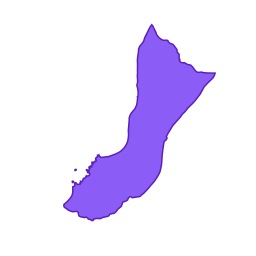 Radum, Shabwah, Yemen, rotated 136°
{"feature_id": "15242507B54571430773522", "entity_name": "Radum", "entity_type": "district", "adm_level": 2, "iso_a3": "YEM", "parent_name": "Yemen", "parent_adm1": "Shabwah", "projection": "natural_earth1", "projection_center": [48.124, 13.978], "detail": "fine", "context": "isolated", "style": "filled", "palette": "violet", "viewbox_px": 256, "rotation_deg": 136, "n_neighbors": 0, "source": "geoboundaries", "source_scale": "gbopen_adm2", "svg_char_len": 5593}
<svg xmlns="http://www.w3.org/2000/svg" viewBox="0 0 256 256"><g transform="rotate(136 128 128)"><path d="M39.2,129.6L40.3,131.4L40.9,132.1L41.3,133.0L41.6,134.5L42.2,135.9L43.6,137.1L44.5,139.1L44.1,141.1L43.3,141.0L42.7,142.7L40.0,145.6L39.8,148.6L38.4,150.3L38.3,150.7L37.6,155.4L37.7,157.1L38.0,158.0L38.9,159.6L39.1,161.0L39.1,162.0L38.6,163.2L38.7,163.5L39.1,164.2L41.5,166.4L42.2,167.8L42.5,168.7L42.9,171.3L42.7,174.6L42.3,175.9L41.7,176.9L41.1,178.6L39.2,184.5L39.2,185.8L42.0,185.3L43.0,184.9L44.3,184.6L45.4,184.1L53.1,181.4L53.8,181.1L54.4,180.7L55.6,180.0L56.5,179.6L58.6,179.1L59.9,179.0L62.9,178.6L63.9,178.2L64.5,177.9L65.5,177.5L67.6,175.5L72.2,172.0L74.2,170.2L77.1,167.0L82.1,161.9L82.8,161.1L84.1,159.9L85.2,159.0L86.7,157.1L88.5,155.1L90.2,153.6L91.7,152.8L92.4,152.0L92.6,151.4L93.9,149.3L94.6,148.3L95.9,146.7L97.9,144.6L98.6,144.0L99.0,143.8L99.2,144.0L99.4,144.0L99.4,143.8L99.6,143.6L100.5,142.8L103.0,140.6L104.9,139.2L105.9,138.5L107.1,138.0L109.5,137.1L111.6,136.8L115.7,136.4L116.1,136.2L118.3,135.4L119.8,134.7L121.9,132.6L129.7,125.8L130.6,124.6L131.1,124.3L131.5,123.6L133.2,121.9L134.4,120.9L136.4,119.4L137.7,118.6L139.2,117.9L140.6,117.4L142.7,116.7L144.7,116.4L146.9,116.3L148.4,116.3L150.9,116.6L153.8,117.5L156.6,118.6L161.5,120.8L162.3,121.3L166.7,124.7L168.1,125.9L168.1,126.1L168.1,126.4L168.0,126.5L168.0,127.6L167.9,127.9L168.0,128.1L168.0,128.5L167.7,128.4L167.8,128.5L168.0,128.5L167.8,128.7L167.8,128.9L167.7,129.0L168.2,129.1L168.3,129.2L168.7,129.3L168.9,129.5L169.1,128.9L169.4,128.5L169.7,128.4L170.3,128.7L171.4,128.8L171.8,128.6L172.0,128.7L172.3,128.5L172.6,128.5L172.9,128.0L172.9,127.8L173.1,127.7L173.3,127.4L173.3,126.9L173.7,126.5L174.0,126.4L174.4,126.4L174.4,126.6L174.7,126.7L174.9,127.0L175.1,126.9L175.3,126.9L175.6,127.2L175.8,127.2L176.4,126.8L176.6,127.0L176.9,127.0L177.1,127.1L176.9,127.4L177.1,127.8L177.4,128.2L177.7,128.2L177.8,128.3L177.9,128.1L178.3,127.9L178.5,127.7L178.3,127.2L178.1,127.0L178.1,126.7L178.3,126.5L178.7,126.3L178.8,126.4L179.0,126.4L179.4,126.5L179.7,126.3L179.9,126.4L180.0,126.4L180.2,126.5L180.3,126.4L180.5,126.1L180.6,125.7L181.1,125.6L181.3,125.3L181.5,125.4L181.8,125.9L181.8,126.1L182.0,126.2L182.0,126.3L182.4,126.4L182.5,126.7L182.4,126.8L182.7,126.8L183.0,127.0L183.3,126.9L183.4,126.6L183.6,126.5L183.5,126.4L183.7,126.2L183.6,125.9L183.6,125.4L184.3,125.2L184.5,125.1L184.7,124.9L184.8,124.9L185.3,124.9L185.7,124.9L186.0,124.4L186.3,124.1L186.8,123.8L187.2,124.0L187.3,124.0L187.3,123.8L187.2,123.7L187.3,123.3L187.6,123.2L187.4,122.9L187.2,123.0L187.1,122.8L186.9,122.7L187.0,122.2L187.3,121.7L187.9,121.1L188.3,120.9L188.9,120.9L189.2,121.0L189.5,121.0L189.7,121.3L189.9,121.3L190.3,121.4L190.7,121.8L190.8,122.0L191.0,122.1L191.0,122.4L191.0,122.5L191.6,122.5L191.8,122.2L191.7,122.0L192.0,121.9L192.3,122.2L192.6,122.0L193.3,121.9L193.8,122.0L194.2,122.1L194.6,122.5L194.8,122.4L195.2,122.7L195.4,122.6L195.9,122.2L196.2,122.2L197.1,121.5L197.7,121.4L198.1,121.6L198.3,121.6L198.9,121.7L199.0,121.8L198.9,122.1L199.1,122.6L199.5,122.1L200.0,122.0L200.4,122.1L200.5,122.2L200.5,122.5L200.6,122.1L200.6,121.9L200.4,121.3L200.4,121.2L200.8,121.0L201.1,120.9L201.5,120.9L201.6,121.0L201.8,121.0L202.1,121.3L202.2,121.6L202.3,121.7L202.5,121.7L202.7,121.8L203.6,122.5L203.7,122.8L203.6,123.4L203.4,124.0L203.6,124.8L203.8,125.1L204.1,125.1L204.4,125.4L204.7,125.4L205.0,125.2L205.2,124.7L205.6,124.2L206.0,123.8L206.6,123.5L207.1,123.4L207.5,123.6L207.9,123.9L208.0,123.9L208.3,124.1L208.6,124.1L209.5,123.1L209.9,122.6L210.4,122.1L210.8,121.9L211.8,120.7L212.6,120.0L213.4,119.4L215.4,118.3L216.1,118.1L218.5,117.6L220.7,117.4L222.8,117.3L224.1,117.4L224.6,117.3L226.3,117.5L226.9,117.6L227.7,117.1L228.5,116.3L228.8,115.1L228.6,113.9L228.2,112.7L228.2,111.5L227.9,110.3L227.5,109.2L226.5,107.0L225.8,106.0L224.0,104.7L223.2,103.9L222.5,103.1L222.5,101.8L223.2,100.8L223.9,99.9L224.3,98.7L224.0,97.5L223.4,96.5L222.7,95.6L221.4,93.6L220.4,93.4L219.8,92.4L219.7,91.2L219.8,90.0L219.2,89.1L218.6,88.0L218.4,86.8L217.7,85.9L216.7,85.8L215.8,86.4L215.0,85.6L214.0,85.2L212.3,83.6L210.6,81.8L209.5,81.6L208.5,81.3L203.7,78.4L202.7,78.2L201.5,78.4L200.4,78.5L199.6,77.8L198.5,77.3L197.8,76.5L195.7,76.1L193.6,76.2L192.6,76.5L191.5,76.7L190.5,76.5L187.2,76.3L183.2,78.3L181.2,77.3L179.2,76.6L178.2,76.5L177.2,77.1L176.2,77.3L175.1,77.4L174.1,77.1L173.4,76.2L173.4,75.0L172.6,74.3L171.7,73.8L168.0,71.1L167.1,70.5L166.0,70.3L165.0,70.6L164.0,70.4L163.9,70.3L162.4,70.2L160.2,70.2L156.0,70.4L151.6,70.9L146.3,71.3L141.1,72.4L139.0,73.0L135.9,74.1L134.9,74.6L130.4,77.6L129.5,78.3L126.9,80.5L121.9,85.1L120.2,86.4L117.6,88.6L111.3,93.3L108.9,92.9L106.9,93.6L106.3,95.3L102.1,96.6L100.0,97.1L94.7,98.5L92.7,98.8L88.3,99.1L82.8,99.5L81.6,99.7L79.6,100.2L77.4,100.2L76.3,100.1L75.2,100.2L70.9,100.8L64.4,100.8L61.1,101.0L52.3,102.3L50.1,103.0L45.8,104.4L44.7,104.7L43.6,104.8L39.3,105.0L32.8,105.0L31.6,105.1L28.6,106.2L27.7,106.6L27.2,107.0L32.4,112.1L35.5,115.7L36.1,117.0L38.6,119.0L39.4,120.1L39.8,122.1L39.6,123.9L39.3,125.8L39.1,127.6L39.2,129.6ZM205.0,126.9L204.9,127.1L204.4,127.1L204.4,127.4L204.6,128.2L205.1,128.4L205.3,128.0L205.8,127.5L205.8,127.3L205.6,127.1L205.0,126.9ZM187.2,125.4L187.3,125.2L187.1,125.3L186.7,125.2L186.5,125.4L186.4,125.9L186.3,126.0L186.5,126.2L186.7,126.8L187.0,126.8L187.1,126.5L187.3,126.3L187.3,126.2L187.2,125.4ZM194.8,133.9L194.5,133.8L194.2,133.8L194.1,134.0L194.2,134.5L194.3,134.6L194.6,134.7L194.8,134.6L195.1,134.7L195.4,134.7L195.5,134.5L195.6,134.2L195.3,133.9L195.1,133.8L194.8,133.9Z" fill="#8b5cf6" stroke="#5b21b6" stroke-width="1.5"/></g></svg>